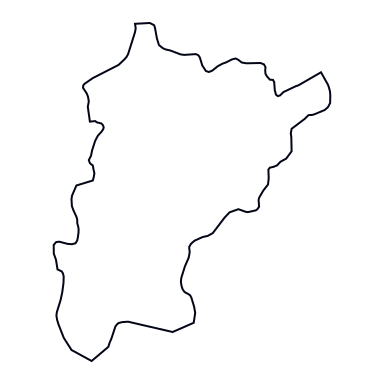 the border of Uri
{"feature_id": "CHE-175", "entity_name": "Uri", "entity_type": "Canton", "adm_level": 1, "iso_a3": "CHE", "parent_name": "Switzerland", "parent_adm1": "", "projection": "orthographic", "projection_center": [8.637, 46.761], "detail": "fine", "context": "isolated", "style": "outline", "palette": "ink", "viewbox_px": 384, "rotation_deg": 0, "n_neighbors": 0, "source": "natural_earth", "source_scale": "10m", "svg_char_len": 2227}
<svg xmlns="http://www.w3.org/2000/svg" viewBox="0 0 384 384"><path d="M149.7,23.0L151.7,23.9L154.2,25.3L155.0,28.0L156.9,38.3L158.9,45.0L162.7,48.1L165.5,49.4L170.0,50.4L180.6,54.4L184.3,54.9L195.8,54.1L198.3,55.2L199.8,57.4L202.3,65.5L205.9,71.0L208.9,72.0L212.3,70.6L217.5,66.4L222.2,63.8L226.1,62.4L232.0,59.4L235.6,58.5L238.3,59.8L241.7,62.5L246.3,63.3L260.5,63.0L264.0,64.4L265.5,67.2L265.2,70.4L265.5,73.9L267.0,76.4L269.9,79.7L273.0,79.9L274.2,82.2L274.8,90.3L276.0,94.7L277.9,96.1L280.1,95.4L283.4,92.1L296.0,86.1L298.3,85.4L321.0,72.3L327.9,84.6L328.7,86.7L330.0,91.4L330.3,95.7L330.1,103.1L328.0,107.1L324.7,110.0L313.9,114.5L311.6,115.0L309.9,115.0L308.5,115.2L307.1,116.5L304.7,118.9L291.6,128.8L290.8,133.5L291.3,137.1L291.6,151.3L286.2,158.6L280.4,161.8L277.1,165.4L273.6,166.8L269.8,167.7L268.4,169.6L268.7,178.3L268.0,184.5L263.4,190.4L259.3,197.4L258.8,199.0L258.6,200.0L259.1,206.7L257.4,209.2L255.7,210.4L248.0,212.1L246.0,211.9L238.4,209.2L229.6,212.3L224.5,217.7L212.8,233.1L207.8,235.9L202.7,237.0L194.5,240.7L191.0,243.8L189.2,246.9L189.3,249.3L189.7,251.2L189.4,254.1L188.6,257.9L184.9,266.4L181.3,277.9L180.9,282.0L181.6,286.2L182.6,289.2L184.1,291.5L185.8,292.8L188.1,293.9L190.2,295.4L191.4,297.7L194.1,306.7L195.2,312.8L193.7,322.8L172.6,332.0L128.1,321.7L122.2,322.1L118.4,323.1L116.7,324.7L115.4,326.5L111.5,338.3L109.5,343.1L108.3,346.9L91.6,361.0L71.5,350.0L63.8,337.9L58.5,324.4L57.1,319.8L56.4,315.5L56.9,312.0L60.6,300.0L62.3,292.0L63.5,282.9L63.7,276.6L62.9,273.3L61.7,271.4L57.5,269.4L56.0,259.8L53.8,253.7L53.7,245.0L56.1,242.1L59.3,241.7L67.7,243.9L71.8,244.2L75.5,243.3L77.2,240.5L77.9,237.1L78.5,232.7L78.6,229.5L78.2,226.5L77.3,223.5L77.2,219.4L76.3,216.5L73.5,210.5L71.9,206.1L71.5,199.2L72.0,195.7L76.4,185.5L92.8,180.5L93.8,176.9L94.4,173.2L93.5,169.5L93.1,167.0L92.7,165.3L91.2,164.3L89.9,163.1L88.8,160.1L91.0,155.8L92.1,150.4L95.1,141.0L97.8,135.8L101.6,131.6L103.1,129.4L103.7,127.6L103.4,126.3L102.6,124.7L101.2,123.4L97.0,122.4L95.2,121.1L89.9,121.6L87.8,106.7L88.8,101.5L88.0,96.7L86.7,93.4L83.0,87.8L83.3,85.4L84.4,83.9L92.8,78.1L118.6,64.9L124.4,59.4L126.5,57.0L128.1,54.1L135.0,32.2L135.7,28.3L135.0,23.8L149.7,23.0Z" fill="none" stroke="#020617" stroke-width="2"/></svg>